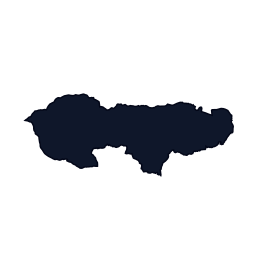 outline of Runcu, Dâmbovita, Romania, rotated 298°
{"feature_id": "2599482B4208961659821", "entity_name": "Runcu", "entity_type": "district", "adm_level": 2, "iso_a3": "ROU", "parent_name": "Romania", "parent_adm1": "Dâmbovita", "projection": "orthographic", "projection_center": [25.346, 45.222], "detail": "fine", "context": "isolated", "style": "filled", "palette": "ink", "viewbox_px": 256, "rotation_deg": 298, "n_neighbors": 0, "source": "geoboundaries", "source_scale": "gbopen_adm2", "svg_char_len": 5892}
<svg xmlns="http://www.w3.org/2000/svg" viewBox="0 0 256 256"><g transform="rotate(298 128 128)"><path d="M187.9,213.5L188.0,212.2L190.3,207.9L190.2,205.1L189.8,203.1L188.9,201.0L185.9,197.8L183.6,193.7L182.9,193.5L178.7,196.3L178.1,193.2L177.7,189.5L176.9,185.1L180.0,183.9L180.5,183.4L180.1,183.0L180.7,182.8L180.7,182.6L180.1,182.0L179.4,181.5L178.7,181.6L178.0,181.4L177.8,181.5L177.2,181.3L176.6,181.5L175.7,180.1L175.9,178.9L176.5,177.6L178.4,177.4L178.5,175.5L179.0,174.7L178.3,174.4L178.5,172.2L178.2,171.5L178.0,171.2L177.9,170.5L178.0,169.8L177.2,168.5L177.0,168.1L177.1,167.7L176.1,166.2L176.2,165.7L175.9,165.1L175.8,164.2L176.1,164.0L175.1,162.0L172.8,159.8L169.2,157.1L168.5,155.6L167.6,151.8L165.6,151.2L164.6,150.3L162.5,146.6L161.8,145.2L161.6,144.1L160.6,143.2L160.3,142.8L158.6,141.9L158.2,141.6L158.0,141.0L157.1,140.1L156.9,139.7L156.5,138.6L156.3,138.2L156.0,137.0L156.0,136.3L156.2,135.3L156.2,134.0L156.1,133.3L155.2,132.2L155.0,131.9L155.0,131.1L154.3,130.0L153.9,129.1L152.5,128.4L152.4,127.9L152.7,127.2L152.7,126.9L150.8,125.1L150.5,124.3L150.1,123.6L149.9,122.3L149.1,120.4L148.9,119.7L147.0,117.6L147.2,115.5L147.3,115.1L147.3,114.5L146.7,113.8L145.3,112.6L145.6,111.4L145.8,111.0L145.8,110.6L144.9,109.6L144.4,107.9L144.0,107.5L143.4,107.3L142.6,107.5L141.8,107.4L140.8,107.0L140.0,106.9L138.4,106.0L138.2,105.5L138.3,104.6L138.1,104.2L137.9,103.9L135.3,102.8L134.3,101.6L133.8,100.3L134.3,99.5L134.3,98.7L134.7,96.0L134.2,94.1L133.6,93.4L133.4,93.1L136.9,90.6L137.6,89.9L137.7,86.1L137.4,84.2L138.3,83.7L138.6,83.3L138.1,82.7L137.9,81.7L136.9,80.5L136.4,79.5L136.5,78.7L137.4,77.0L137.6,76.4L137.6,75.9L137.3,74.9L137.2,73.6L136.9,72.6L134.5,70.0L134.0,69.8L133.1,67.6L132.8,66.3L131.1,64.8L130.6,64.0L129.8,62.0L129.3,60.3L129.1,59.9L126.4,56.7L124.1,55.1L122.9,54.4L122.6,54.0L122.2,52.6L121.6,51.8L120.1,50.9L118.7,50.5L116.1,50.5L114.4,49.1L113.7,48.8L112.9,48.1L112.3,47.8L110.2,47.4L108.4,47.3L106.3,47.5L105.8,47.4L105.6,47.2L105.3,45.9L103.5,43.7L102.9,42.2L102.2,41.5L101.9,40.9L101.1,40.2L100.4,39.6L99.6,38.4L99.1,37.8L97.9,37.7L95.7,37.0L93.4,36.9L92.5,37.0L91.0,35.5L88.6,34.7L87.2,33.9L86.4,33.6L87.2,36.0L87.4,38.7L87.9,39.7L87.8,40.0L87.2,41.3L85.5,43.6L84.3,44.5L83.2,45.1L82.0,46.0L81.6,46.4L81.1,47.8L79.5,48.9L79.3,49.5L79.1,51.9L78.6,52.8L78.2,53.7L76.7,54.6L73.9,56.7L72.6,58.0L70.7,59.1L69.6,60.2L68.5,62.7L66.8,65.6L66.3,66.8L66.0,68.6L65.7,71.1L65.8,74.7L65.7,76.5L65.9,78.3L67.1,80.0L67.2,81.3L67.6,82.8L68.2,83.5L69.8,84.7L69.9,85.7L71.1,87.1L71.6,88.1L71.8,88.9L71.7,89.3L70.6,89.3L70.4,89.4L70.5,92.0L71.2,94.3L71.0,94.7L70.6,95.4L70.5,97.8L70.9,98.9L70.5,99.7L70.3,100.3L70.3,103.3L70.1,104.2L70.1,104.5L70.9,106.2L73.5,108.2L74.0,109.5L75.0,110.9L75.4,111.8L76.0,112.4L77.0,114.3L77.6,115.0L78.4,115.4L78.6,115.9L78.7,116.6L79.8,118.9L79.9,119.0L81.3,118.3L83.1,117.2L83.4,116.8L83.6,116.3L85.0,114.4L86.2,113.4L86.7,112.4L86.8,111.4L87.3,110.8L87.7,109.9L87.8,109.5L87.7,108.7L87.9,108.1L88.3,107.6L89.6,107.0L90.4,107.0L90.7,106.7L90.9,106.9L91.3,107.0L92.0,107.0L92.4,106.8L92.7,107.0L93.7,107.1L94.1,107.6L94.3,108.1L94.8,108.7L95.0,109.2L95.3,109.2L95.4,109.6L95.7,110.1L95.6,110.9L95.9,111.2L96.3,111.2L96.4,111.8L96.5,112.0L97.0,112.1L97.2,112.4L97.7,113.8L98.6,115.4L99.4,115.9L99.6,116.3L99.9,116.5L100.7,116.3L101.2,116.3L102.3,116.9L102.9,116.8L103.2,117.1L103.9,117.3L103.9,117.6L103.5,118.4L103.4,118.8L103.7,119.1L104.5,119.1L104.7,119.4L104.7,119.7L104.2,120.4L104.1,120.6L104.2,121.1L104.6,122.0L104.3,123.1L104.5,123.6L105.2,124.2L105.3,126.3L105.5,126.8L107.2,128.5L109.5,129.5L110.1,130.4L110.2,131.1L110.4,131.5L110.3,132.8L111.0,133.6L111.2,134.5L111.5,135.0L110.4,136.2L108.3,137.1L105.8,137.2L104.4,137.6L104.5,138.3L104.7,138.9L105.8,140.3L106.4,142.7L107.1,143.4L105.1,145.6L104.1,146.7L104.0,147.5L104.1,148.1L104.1,149.0L104.3,149.6L104.2,150.9L104.3,152.3L103.2,154.2L102.4,154.7L102.4,156.7L102.2,157.1L101.8,157.5L99.7,158.5L98.9,158.5L98.3,158.8L98.3,159.0L98.3,159.7L97.7,160.5L97.7,160.9L97.4,161.2L97.3,161.5L96.8,162.0L96.7,162.4L96.8,162.7L97.5,163.3L97.9,164.2L98.0,164.7L98.3,165.0L98.7,165.2L98.5,165.9L98.5,166.8L97.9,166.7L97.9,166.9L98.4,168.0L98.5,168.6L100.1,170.0L100.4,170.7L100.7,171.4L100.5,172.0L100.7,172.4L101.1,172.5L100.9,173.3L101.0,173.7L101.7,173.9L102.5,174.7L101.8,175.6L101.1,175.7L101.1,177.0L101.5,177.5L101.8,178.4L101.5,179.2L101.9,179.1L105.4,176.7L105.9,176.2L107.1,176.5L109.5,175.7L111.3,175.6L113.4,175.1L114.6,175.7L115.8,176.2L116.3,176.5L119.4,177.3L120.8,177.3L121.8,177.1L123.9,175.8L125.3,176.6L126.0,176.5L126.8,176.7L129.2,177.5L129.7,178.3L129.9,178.6L129.3,179.1L129.1,179.6L128.6,180.1L128.5,180.9L128.6,181.4L129.0,181.8L130.2,182.5L130.3,183.5L130.8,184.8L130.8,185.7L130.7,186.0L130.7,186.3L130.4,187.1L130.8,188.0L130.4,189.6L130.9,190.6L131.5,192.6L131.9,193.0L132.9,193.3L133.6,193.8L134.0,194.3L134.6,196.1L135.5,196.7L135.8,197.1L137.9,197.0L138.2,197.1L138.8,197.7L139.0,198.2L138.9,198.4L139.4,198.8L139.7,199.2L139.8,199.6L140.1,200.3L140.3,200.4L140.8,200.5L141.2,200.9L141.3,201.1L141.5,202.0L142.3,202.3L142.7,202.1L142.9,202.2L143.4,203.2L144.9,205.4L145.3,206.2L146.1,206.3L146.4,206.1L147.5,206.0L148.4,205.5L148.1,207.2L148.8,207.8L149.2,208.4L149.3,209.5L150.0,210.3L150.1,211.1L150.9,211.8L151.6,212.0L152.1,212.9L152.5,213.3L154.5,214.6L156.4,215.1L157.2,215.1L157.4,214.7L158.1,214.7L158.4,215.2L159.3,216.1L159.2,216.8L157.2,216.9L157.4,218.5L157.8,218.8L157.9,219.0L158.2,219.3L158.3,219.1L161.3,219.7L162.1,219.3L163.1,219.9L163.8,220.0L164.8,219.9L167.1,220.0L167.6,220.2L170.7,220.6L171.6,220.9L171.6,221.3L172.7,221.3L173.0,222.4L173.9,222.3L177.2,220.7L178.5,220.3L179.3,219.7L180.1,218.7L180.3,218.5L180.4,218.1L181.3,216.8L182.2,216.1L182.9,215.9L183.4,216.2L183.6,215.8L183.5,215.6L183.8,215.2L184.2,215.1L184.8,215.3L186.7,214.1L187.2,214.1L187.9,213.5Z" fill="#0f172a" stroke="#020617" stroke-width="1.5"/></g></svg>